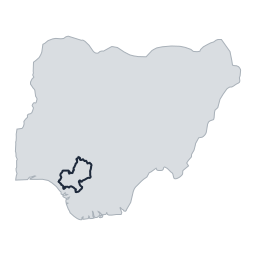 Nigeria, with Edo highlighted
{"feature_id": "NGA-2861", "entity_name": "Edo", "entity_type": "State", "adm_level": 1, "iso_a3": "NGA", "parent_name": "Nigeria", "parent_adm1": "", "projection": "mercator", "projection_center": [5.875, 6.657], "detail": "fine", "context": "in_parent", "style": "outline", "palette": "slate", "viewbox_px": 256, "rotation_deg": 0, "n_neighbors": 0, "source": "natural_earth", "source_scale": "10m", "svg_char_len": 5666}
<svg xmlns="http://www.w3.org/2000/svg" viewBox="0 0 256 256"><path d="M221.4,39.5L230.0,51.6L231.8,60.6L232.5,65.1L234.0,65.6L236.6,65.8L238.6,66.7L239.8,68.2L240.5,69.6L240.6,70.4L240.1,75.8L239.4,77.7L239.8,80.4L239.7,81.5L239.4,82.3L238.2,83.2L236.5,84.0L232.6,86.6L231.5,87.0L229.9,87.0L228.5,87.7L226.8,89.0L223.1,94.2L220.0,99.3L217.8,107.6L215.0,110.2L214.5,112.5L214.1,117.7L213.7,119.3L213.3,119.7L210.3,120.7L208.6,121.9L207.6,124.2L206.3,132.2L205.8,133.5L204.9,134.9L203.4,136.4L202.1,137.2L198.7,137.8L195.5,143.7L195.4,144.8L194.0,150.2L191.6,154.3L191.4,156.9L188.3,160.5L186.7,163.0L188.3,165.5L188.5,165.9L183.2,170.3L182.8,170.9L182.6,173.9L182.2,174.7L181.2,175.8L179.8,177.0L178.3,177.9L176.7,178.6L175.1,178.8L174.2,178.5L173.7,177.5L172.8,173.9L172.4,173.1L171.3,172.4L167.3,168.4L164.8,167.0L164.3,167.1L163.8,167.4L163.1,169.5L162.4,170.2L161.1,170.5L158.9,170.5L157.2,170.2L156.8,169.8L156.1,168.2L151.0,171.9L149.2,172.7L146.9,177.0L143.7,179.2L141.5,181.1L135.6,187.0L134.4,188.7L133.3,191.3L130.7,202.4L126.7,209.3L126.1,210.7L125.9,210.7L125.3,211.3L123.8,210.9L123.0,209.6L122.1,209.4L120.4,207.5L120.0,207.8L121.8,212.6L121.1,214.5L116.2,214.5L111.9,215.1L108.9,215.1L107.4,214.4L106.8,212.6L106.5,212.8L106.4,213.8L105.4,214.5L102.1,214.7L100.6,213.4L99.5,212.1L98.2,211.5L98.4,212.0L99.8,213.4L99.7,215.3L97.0,217.5L95.3,217.6L94.3,216.7L93.7,215.1L93.4,212.8L92.7,211.3L92.4,211.3L92.8,213.8L92.8,216.1L94.1,218.0L92.2,218.5L89.8,218.6L89.5,217.9L89.2,216.4L88.8,216.0L88.3,218.6L83.5,219.3L82.9,219.2L82.7,218.7L83.1,218.0L83.0,216.8L81.9,217.7L81.8,219.5L81.2,219.8L79.3,219.5L77.3,218.6L74.1,216.4L70.1,212.8L69.5,211.1L68.3,209.1L66.2,203.7L66.6,203.4L67.5,203.7L68.0,203.2L66.3,202.8L66.0,202.4L65.9,201.2L66.0,199.7L68.5,198.9L69.0,198.0L69.4,197.1L66.3,198.5L63.4,196.9L62.8,196.0L63.1,195.3L66.4,195.2L67.6,194.5L66.9,194.3L65.6,194.3L65.2,193.8L65.2,192.7L64.8,192.9L64.2,193.9L62.3,194.7L61.1,193.9L61.0,192.3L60.8,191.6L59.8,191.0L56.4,186.6L52.1,183.0L48.3,180.5L42.5,179.3L30.5,179.4L29.8,179.0L30.5,178.5L31.6,178.1L35.5,176.1L34.8,175.8L30.8,177.1L29.4,177.2L27.6,179.6L15.7,180.1L15.8,179.0L16.3,175.8L17.0,173.6L16.2,171.0L16.0,168.5L16.5,167.8L16.7,166.9L16.6,160.6L17.2,159.7L17.2,159.1L16.0,156.4L16.0,154.4L15.8,152.4L15.4,151.5L15.8,143.9L15.7,142.0L16.1,140.7L16.3,137.4L16.2,134.2L17.0,129.1L22.1,128.4L23.4,126.5L24.1,123.9L23.9,121.4L25.5,119.2L27.5,117.3L27.4,115.2L28.0,114.5L28.9,114.0L30.3,113.8L31.8,112.7L32.6,110.8L33.5,107.9L32.2,105.8L32.2,105.3L32.7,104.2L33.5,103.1L34.1,102.7L35.6,103.0L36.1,102.6L37.0,99.3L36.9,98.4L35.6,96.2L34.8,90.2L34.4,89.4L33.3,88.3L30.5,84.1L30.5,82.1L31.7,79.6L32.5,78.3L33.6,77.7L33.8,77.1L33.5,76.3L33.0,75.8L32.8,74.7L33.4,73.1L33.2,71.3L33.5,62.2L35.8,60.5L39.2,57.5L40.9,54.4L41.8,52.1L42.9,44.3L44.7,43.4L48.1,40.6L52.7,38.9L55.7,38.4L60.9,38.8L63.6,38.5L65.8,36.9L66.9,36.5L68.3,36.2L81.4,40.3L82.5,40.1L83.5,40.4L85.2,41.5L89.0,45.2L93.1,51.1L94.3,52.3L95.6,53.0L96.8,53.2L97.8,53.2L98.7,52.6L100.0,51.5L101.9,51.0L103.5,51.1L111.6,46.6L112.4,46.6L117.4,47.5L124.2,52.0L129.8,54.9L133.7,55.9L138.3,56.6L146.1,56.8L152.0,50.5L154.2,49.2L156.8,47.9L162.3,46.8L171.4,46.0L180.0,46.3L185.3,47.4L190.9,49.4L193.3,51.4L197.1,51.7L199.8,51.3L200.7,49.4L203.4,46.8L207.5,44.5L210.9,42.8L213.6,42.0L216.1,40.2L218.0,39.5L221.4,39.5ZM102.4,217.1L100.6,217.7L99.4,217.5L101.0,215.0L101.9,215.6L102.9,215.8L102.4,217.1Z" fill="#d9dde1" stroke="#a8b0b8" stroke-width="1"/><path d="M90.6,177.0L90.1,177.7L89.5,177.9L88.9,177.8L88.2,177.8L87.0,178.3L84.7,179.7L83.0,180.4L82.5,180.7L81.7,181.7L81.1,181.7L80.8,181.1L80.3,180.6L79.6,180.5L79.2,180.9L78.9,181.5L78.9,182.1L79.5,183.2L79.5,183.8L79.8,184.6L80.3,185.5L81.5,186.6L81.8,186.7L82.1,186.9L82.1,187.6L81.9,188.3L81.1,189.2L80.0,190.0L79.3,191.0L78.3,191.7L76.4,192.1L76.1,192.1L75.8,192.0L75.8,191.6L75.8,191.4L75.7,191.2L75.4,190.8L75.8,190.1L75.9,189.4L75.4,189.1L74.8,188.7L73.7,187.6L71.5,186.4L70.4,186.4L69.3,187.1L69.2,187.3L69.0,187.5L68.8,187.4L68.5,187.3L67.8,186.8L67.1,186.7L66.5,186.8L65.3,186.8L65.1,187.2L65.2,187.9L64.1,188.8L63.8,188.9L63.4,188.6L63.2,187.7L63.4,186.4L62.5,185.4L61.2,184.7L61.2,184.1L60.8,183.6L60.6,183.4L60.4,183.3L60.2,183.3L60.0,183.0L59.6,182.5L59.1,182.2L58.7,181.9L58.6,181.7L58.8,181.5L58.9,181.2L59.0,180.7L59.2,180.3L59.7,180.1L60.1,179.9L60.4,179.4L60.5,178.9L60.9,178.4L61.3,177.4L61.0,176.4L60.6,175.9L60.4,175.6L60.4,175.0L60.4,174.8L60.5,174.2L60.7,173.8L61.3,173.0L62.0,172.4L62.2,171.9L62.5,171.5L62.5,171.0L62.8,170.7L63.1,170.6L68.4,170.6L69.2,171.3L68.9,171.7L68.7,172.3L69.2,173.5L69.6,173.5L70.6,172.7L71.1,172.8L71.4,173.0L72.0,173.1L72.3,173.0L72.5,172.9L72.7,172.4L72.8,172.2L73.1,170.9L73.2,170.5L73.7,170.4L73.7,170.1L73.7,169.9L73.8,169.9L73.9,169.7L73.6,168.9L73.6,168.3L73.8,167.6L74.4,167.0L74.6,166.7L74.7,166.3L75.6,164.3L75.5,164.1L75.6,163.8L76.0,163.4L76.4,162.9L76.7,162.7L77.0,162.5L77.2,161.8L77.1,161.4L77.0,161.2L76.9,160.6L77.1,160.2L77.0,159.8L76.5,159.5L76.6,158.8L76.9,158.6L77.4,158.5L77.6,158.3L78.1,157.8L78.4,157.2L78.7,157.4L79.1,157.3L79.4,157.5L79.4,157.9L80.0,158.1L80.1,158.6L79.9,159.4L80.4,160.0L81.2,160.0L82.1,159.7L82.5,159.4L82.9,159.3L83.1,159.7L83.3,159.9L84.0,160.3L84.5,161.0L84.9,161.0L85.7,160.8L86.0,160.8L86.5,161.3L86.9,162.3L87.2,162.7L87.3,163.0L87.5,163.4L88.5,163.2L89.2,162.9L89.7,162.8L90.0,163.1L90.2,163.3L90.3,163.7L90.5,163.8L91.0,164.0L91.4,164.8L91.4,165.0L91.5,165.3L91.4,165.7L91.1,166.4L91.1,167.4L90.9,167.8L90.9,168.0L90.9,168.8L90.8,169.0L90.4,170.1L90.2,170.8L90.1,171.1L90.2,172.1L90.2,174.6L90.2,175.4L90.6,176.4L90.6,176.7L90.6,177.0Z" fill="none" stroke="#1e293b" stroke-width="2"/></svg>